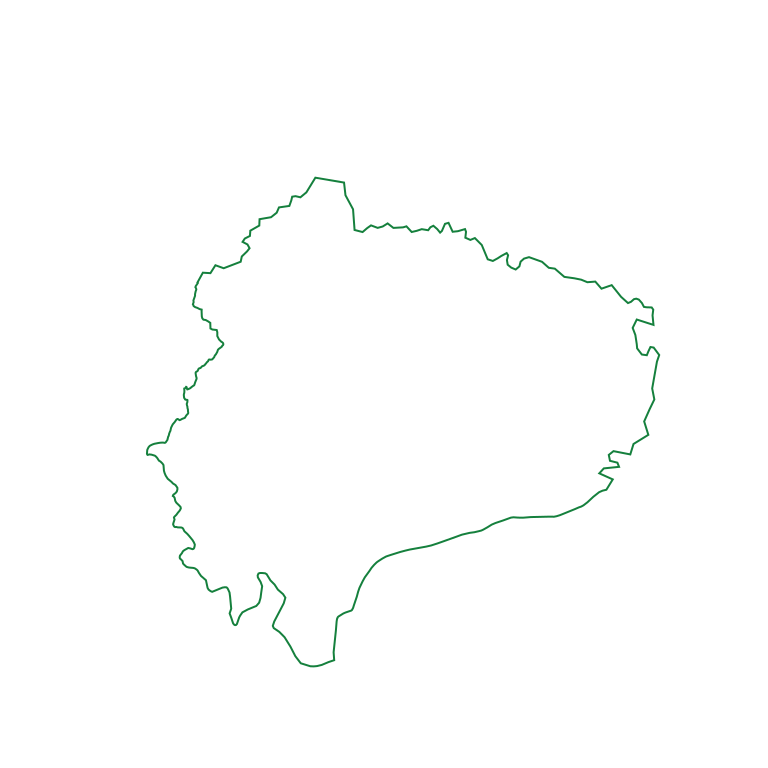 the district of Chapicuy, Paysandú, Uruguay, rotated 237°
{"feature_id": "84410073B18564201435230", "entity_name": "Chapicuy", "entity_type": "district", "adm_level": 2, "iso_a3": "URY", "parent_name": "Uruguay", "parent_adm1": "Paysandú", "projection": "mercator", "projection_center": [-57.843, -31.658], "detail": "fine", "context": "isolated", "style": "outline", "palette": "green", "viewbox_px": 768, "rotation_deg": 237, "n_neighbors": 0, "source": "geoboundaries", "source_scale": "gbopen_adm2", "svg_char_len": 6166}
<svg xmlns="http://www.w3.org/2000/svg" viewBox="0 0 768 768"><g transform="rotate(237 384 384)"><path d="M456.9,539.7L457.8,534.9L462.4,531.9L467.0,535.7L469.8,536.3L471.9,529.2L474.3,524.5L484.0,525.9L485.1,522.4L480.8,515.9L480.4,513.5L485.0,513.0L489.8,511.6L490.2,508.3L488.9,504.8L493.3,500.0L494.6,495.0L496.4,490.0L504.0,488.7L505.0,485.3L509.8,476.9L516.7,474.5L516.8,468.7L518.4,463.7L524.1,459.5L523.9,454.8L523.1,448.8L529.2,443.2L547.4,453.2L563.3,454.5L574.7,460.2L594.4,438.8L587.0,423.3L586.1,415.6L589.7,412.1L591.1,409.0L588.5,406.3L584.9,401.6L589.3,392.1L586.1,387.3L585.4,380.1L590.0,369.4L584.8,365.7L585.4,355.4L581.2,352.2L581.8,346.5L580.2,342.8L575.4,345.5L571.1,345.2L569.8,341.4L568.4,334.2L564.6,330.4L568.4,312.6L575.4,307.3L571.5,298.8L576.0,292.7L570.7,282.8L570.1,282.9L568.5,279.2L567.8,278.5L566.6,278.5L565.4,278.0L564.3,276.5L562.2,274.4L560.9,273.6L557.9,269.7L556.3,268.9L554.9,267.1L554.1,267.1L553.0,266.8L551.3,267.5L549.5,268.9L547.2,270.2L545.7,271.6L544.1,270.5L539.9,268.0L538.0,267.4L536.3,267.6L534.8,269.3L532.3,270.6L529.9,271.6L525.1,268.7L523.2,269.7L520.4,273.1L518.2,272.4L515.0,270.3L511.2,269.9L507.9,270.6L507.5,270.9L506.7,271.2L505.8,271.3L505.3,271.1L504.6,270.7L504.3,270.2L504.2,269.8L504.2,269.3L503.6,268.1L503.4,264.3L503.2,263.7L503.1,263.3L501.7,261.6L500.4,259.1L500.0,257.6L499.0,256.2L498.3,253.8L498.2,253.3L498.5,252.6L498.7,252.0L499.8,250.7L499.7,250.0L498.9,248.8L498.7,247.2L498.1,245.8L498.0,245.1L497.6,244.1L497.5,242.7L497.8,241.7L497.9,240.8L497.4,239.1L497.4,238.6L497.7,238.0L497.8,237.5L497.6,236.5L496.5,234.9L496.4,234.3L496.5,233.3L496.4,232.7L495.9,232.0L493.1,230.7L491.1,230.1L490.4,229.6L488.3,226.6L487.0,225.0L486.5,224.4L486.3,223.9L486.4,223.4L486.3,221.5L486.2,220.4L486.0,219.4L486.1,218.7L486.2,217.7L486.4,216.7L486.6,216.1L486.9,216.1L487.8,216.3L488.7,216.7L489.1,216.7L489.4,216.5L489.3,216.2L488.9,215.7L488.9,215.4L488.8,214.9L489.0,214.0L488.4,213.6L487.7,213.3L486.0,212.2L485.2,211.5L484.6,210.8L483.8,210.1L481.6,209.0L480.8,208.8L480.3,208.9L479.5,208.8L479.1,208.9L478.6,209.4L478.1,210.1L477.7,210.4L477.4,210.3L475.9,209.2L474.8,207.8L474.1,207.4L472.9,207.0L472.1,206.8L470.9,206.1L469.5,205.7L468.6,205.2L467.8,204.7L466.8,204.3L466.2,203.9L465.9,203.4L465.5,201.7L465.1,200.6L464.2,198.8L464.1,198.4L464.7,195.6L464.8,193.8L464.9,193.3L465.1,192.8L465.4,192.7L466.1,192.4L466.9,192.0L467.2,191.6L467.2,190.5L467.0,190.0L466.1,187.8L465.2,184.8L463.6,182.1L463.1,181.4L461.0,179.3L460.6,178.5L459.3,176.7L458.7,176.2L457.7,175.0L457.2,174.1L456.3,173.2L455.9,172.7L455.2,172.1L454.0,169.3L453.9,168.7L454.1,168.0L454.6,167.5L455.6,166.2L456.7,164.2L457.5,162.4L458.9,158.9L459.4,156.9L459.6,155.3L459.7,153.8L459.2,152.1L458.4,150.7L457.6,149.5L454.6,147.2L453.7,147.0L453.2,147.2L452.8,148.8L451.4,150.5L448.8,152.7L447.9,153.1L445.7,153.5L442.3,153.5L440.7,154.3L437.9,154.9L436.1,154.9L431.1,152.2L428.8,151.5L426.0,151.0L424.4,151.0L422.3,151.0L417.5,152.5L415.6,152.8L412.8,154.1L409.5,154.2L408.2,153.4L406.9,152.0L406.3,150.8L406.0,149.3L405.9,147.3L405.6,146.5L405.1,145.9L404.3,146.3L403.4,146.4L402.6,146.4L399.7,145.3L398.4,145.2L397.5,145.2L393.6,146.1L391.7,146.4L390.4,145.9L389.6,144.7L389.0,143.4L388.3,141.0L387.4,138.7L386.8,135.8L386.4,135.1L384.4,134.5L382.4,132.0L381.3,130.8L380.7,130.6L379.4,130.4L378.3,130.5L377.7,131.0L377.2,132.0L376.2,132.8L374.0,135.9L373.0,136.6L371.8,136.7L369.2,136.4L365.4,137.4L362.8,137.8L357.4,138.4L354.8,138.3L352.4,137.9L351.2,136.9L349.9,135.5L349.5,134.4L349.8,133.4L351.7,131.9L353.1,130.5L353.4,126.0L353.2,124.2L352.2,122.4L351.2,119.4L350.0,118.3L348.8,117.8L347.5,118.2L345.2,118.6L342.9,117.7L341.9,117.8L339.6,118.4L338.2,118.8L336.9,119.9L336.2,120.6L333.6,123.9L332.5,124.9L330.4,125.8L329.1,126.1L326.3,125.9L322.7,126.0L316.4,127.8L309.1,125.0L307.1,124.9L304.8,125.7L303.3,126.7L301.2,137.7L300.2,139.9L299.2,141.2L297.9,141.5L296.7,141.4L293.3,140.9L289.5,139.1L278.8,133.5L275.7,129.6L271.2,128.6L265.5,127.1L264.0,127.2L263.1,127.6L262.7,128.1L262.5,128.7L262.8,129.9L267.1,135.4L268.1,137.2L269.6,140.9L269.1,146.9L267.4,156.0L268.6,160.2L271.9,164.0L275.8,167.3L280.8,171.7L285.2,172.7L290.5,172.9L292.3,173.8L293.4,175.5L293.1,176.9L291.9,178.8L290.0,181.2L288.4,182.0L281.1,181.8L275.4,183.0L269.4,183.0L262.7,184.9L258.5,184.9L254.7,180.5L250.5,173.1L244.6,162.6L241.7,159.0L239.3,158.6L233.1,161.2L225.8,162.7L214.8,162.5L204.0,161.4L195.1,162.1L187.4,168.5L185.5,171.2L183.9,174.2L182.3,178.8L181.0,186.0L179.5,191.8L186.4,195.6L203.6,209.5L210.6,214.9L212.6,216.7L212.9,217.3L213.4,217.8L213.7,218.6L213.8,219.3L213.7,224.7L213.5,226.2L213.3,227.3L211.8,233.2L211.9,234.0L212.9,235.9L213.5,236.7L214.7,238.1L220.4,245.3L223.9,249.2L226.4,252.4L230.1,258.5L232.3,262.6L235.1,269.9L236.6,273.4L237.7,277.2L238.4,280.7L238.5,282.6L238.5,287.5L238.2,291.7L237.9,293.0L236.9,296.8L234.3,306.1L232.6,311.3L231.1,315.5L224.7,330.7L222.9,335.6L221.2,341.9L219.7,348.1L216.5,361.6L215.2,367.3L212.5,374.8L210.5,379.0L208.9,383.4L208.1,385.8L207.8,387.9L207.5,392.6L207.4,397.8L206.7,401.8L204.7,409.5L202.8,417.7L201.7,420.0L198.9,423.7L196.2,427.7L192.4,434.7L182.4,450.9L180.1,454.3L179.1,456.8L178.2,460.0L177.5,463.5L175.1,476.0L174.4,480.2L173.8,482.6L173.6,485.2L174.0,490.2L175.4,498.1L176.1,505.5L175.5,509.2L174.2,512.9L179.4,523.9L191.8,515.9L193.5,522.4L186.5,536.0L190.9,536.9L196.5,531.7L202.1,533.9L202.7,539.9L190.8,552.2L197.8,560.6L197.4,578.0L210.9,581.8L218.1,592.9L223.8,602.3L234.2,606.5L254.1,625.1L258.4,630.6L267.7,630.0L269.9,627.6L267.3,623.4L265.0,620.1L268.3,616.3L276.0,615.7L279.8,617.7L288.2,621.5L295.6,623.1L300.4,631.1L286.8,642.2L295.3,646.6L299.7,650.3L302.4,650.2L305.4,645.9L307.1,644.0L311.4,644.4L316.0,643.7L318.2,642.0L319.0,639.8L318.4,635.9L319.0,632.7L328.0,630.3L342.9,628.8L345.5,618.3L354.8,617.0L358.6,610.0L364.1,606.2L369.0,601.2L375.6,593.6L387.7,590.1L391.7,585.5L400.4,583.1L411.4,574.7L412.9,569.7L412.2,565.2L408.9,561.6L408.3,556.8L412.3,554.1L416.7,552.7L421.0,554.6L424.4,558.2L427.0,558.2L427.5,552.1L427.5,547.8L427.9,542.3L432.1,538.9L447.3,541.7L456.9,539.7Z" fill="none" stroke="#15803d" stroke-width="2"/></g></svg>